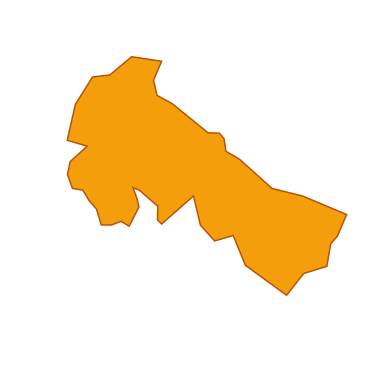 Zinder, Zinder, Niger (Natural Earth projection), rotated 311°
{"feature_id": "23599985B17840081467963", "entity_name": "Zinder", "entity_type": "district", "adm_level": 2, "iso_a3": "NER", "parent_name": "Niger", "parent_adm1": "Zinder", "projection": "natural_earth1", "projection_center": [8.977, 13.754], "detail": "fine", "context": "isolated", "style": "filled", "palette": "amber", "viewbox_px": 384, "rotation_deg": 311, "n_neighbors": 0, "source": "geoboundaries", "source_scale": "gbopen_adm2", "svg_char_len": 724}
<svg xmlns="http://www.w3.org/2000/svg" viewBox="0 0 384 384"><g transform="rotate(311 192 192)"><path d="M125.0,167.0L145.8,161.8L150.8,155.1L156.6,144.5L158.8,151.3L158.8,175.6L148.3,184.2L147.9,190.1L190.0,195.7L172.5,220.1L169.9,241.2L186.2,251.6L179.0,265.9L171.7,280.4L176.1,331.1L203.9,329.8L224.4,342.5L243.9,330.7L254.0,330.7L276.4,323.5L261.6,278.3L247.2,250.0L247.9,206.6L245.0,190.9L253.3,181.2L254.4,174.1L247.2,165.2L245.7,119.2L242.0,102.2L251.0,89.7L270.7,83.3L254.5,57.7L226.5,53.2L213.5,41.5L181.6,46.5L149.1,63.9L157.8,82.8L135.0,80.1L123.5,86.5L116.3,99.5L121.8,108.4L118.0,119.9L116.5,131.1L107.6,145.0L114.0,152.7L123.3,157.7L125.0,167.0Z" fill="#f59e0b" stroke="#b45309" stroke-width="1.5"/></g></svg>